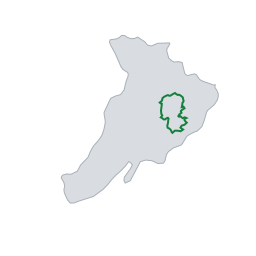 where Santiago sits in Dominican Republic, rotated 122°
{"feature_id": "DOM-1390", "entity_name": "Santiago", "entity_type": "Province", "adm_level": 1, "iso_a3": "DOM", "parent_name": "Dominican Republic", "parent_adm1": "", "projection": "mercator", "projection_center": [-70.906, 19.338], "detail": "fine", "context": "in_parent", "style": "outline", "palette": "green", "viewbox_px": 256, "rotation_deg": 122, "n_neighbors": 0, "source": "natural_earth", "source_scale": "10m", "svg_char_len": 2405}
<svg xmlns="http://www.w3.org/2000/svg" viewBox="0 0 256 256"><g transform="rotate(122 128 128)"><path d="M45.8,168.1L46.0,159.2L47.4,155.5L46.1,151.7L40.4,147.7L36.9,142.4L33.8,137.8L34.5,137.1L40.7,136.9L42.9,135.2L47.1,130.5L47.9,126.7L47.6,123.8L44.9,120.3L43.8,116.7L47.1,113.5L51.5,108.9L52.1,107.1L52.0,105.3L46.9,100.4L46.6,98.3L48.9,93.0L48.7,89.5L46.3,78.5L45.2,76.8L47.5,75.9L49.0,72.6L51.0,69.7L53.6,68.1L56.6,67.1L62.6,67.2L70.8,69.8L73.2,69.7L81.1,67.4L87.7,66.1L93.8,67.6L96.3,69.6L101.5,72.7L104.0,73.7L112.1,73.6L114.3,73.9L121.1,79.1L126.8,81.2L130.1,81.3L136.0,79.3L139.0,79.3L142.3,83.8L143.0,90.2L145.8,96.0L150.1,99.7L171.5,98.1L176.2,101.2L174.6,103.7L171.6,105.0L161.4,104.4L157.0,104.7L156.1,107.2L156.1,109.6L162.0,110.1L167.8,111.3L173.8,113.1L179.8,114.4L186.6,115.2L193.2,116.6L204.4,121.1L216.7,131.5L220.0,133.8L222.2,137.1L221.1,141.1L216.7,147.6L214.2,149.7L210.6,151.0L208.1,153.6L205.7,158.2L204.2,158.6L202.5,158.4L199.6,155.8L197.4,151.8L191.5,148.1L184.4,148.6L174.0,146.4L167.7,147.5L161.4,147.7L155.0,146.6L148.5,146.2L142.1,147.6L135.8,150.0L133.5,151.5L129.4,155.2L127.3,156.6L112.0,158.4L107.7,155.7L103.6,152.0L97.7,151.5L89.2,154.4L83.9,155.4L81.7,156.7L81.1,158.1L81.1,163.3L79.8,166.4L71.6,178.3L66.9,186.7L64.9,189.3L62.7,189.9L58.6,185.1L56.0,183.3L52.8,182.4L51.4,179.9L51.5,176.2L50.6,172.7L48.7,169.9L45.8,168.1Z" fill="#d9dde1" stroke="#a8b0b8" stroke-width="1"/><path d="M108.6,87.8L108.3,88.9L107.6,89.7L106.9,90.9L106.6,92.3L106.7,93.5L106.7,94.7L105.9,95.3L105.2,95.9L102.4,96.8L99.9,98.1L98.6,98.5L98.2,99.6L99.5,100.6L101.0,101.0L101.8,102.4L101.5,104.3L101.6,105.8L100.3,105.6L99.2,105.6L98.5,107.1L95.8,109.2L92.6,110.7L91.0,111.4L89.5,112.2L89.8,113.3L89.6,114.6L88.3,114.1L86.9,113.7L85.7,114.0L84.5,114.6L82.2,113.8L79.9,112.4L78.9,111.5L78.8,110.1L78.3,109.3L77.5,108.9L75.4,107.9L73.4,106.7L73.7,105.0L73.6,103.3L72.8,102.5L72.6,101.4L72.7,99.7L72.9,98.1L73.6,97.1L74.6,96.3L75.2,95.5L76.0,95.0L77.0,95.1L77.9,95.1L79.8,94.2L81.8,93.5L81.3,93.0L80.6,92.5L80.8,91.4L81.4,90.5L82.9,91.3L84.4,91.9L85.1,92.1L85.9,92.0L86.3,91.3L86.8,90.7L88.9,91.6L91.2,91.6L91.4,90.6L90.2,89.7L90.6,88.2L90.6,86.7L89.9,86.2L89.1,85.8L88.7,84.8L88.6,83.8L89.9,84.7L91.2,84.5L92.0,82.8L92.3,81.0L93.9,81.4L95.3,81.8L96.5,82.8L97.6,83.8L99.9,83.7L100.1,80.5L102.9,81.7L103.9,84.3L105.4,86.8L108.6,87.8Z" fill="none" stroke="#15803d" stroke-width="2"/></g></svg>